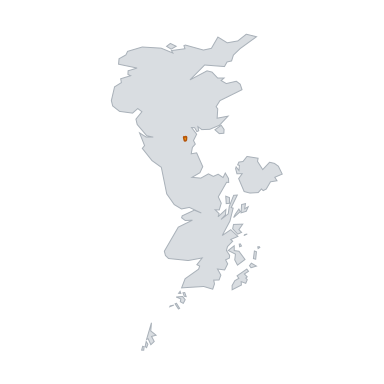 Blackburn with Darwen highlighted on a map of United Kingdom, rotated 185°
{"feature_id": "GBR-2122", "entity_name": "Blackburn with Darwen", "entity_type": "Unitary Authority", "adm_level": 1, "iso_a3": "GBR", "parent_name": "United Kingdom", "parent_adm1": "", "projection": "albers", "projection_center": [-2.45, 53.698], "detail": "fine", "context": "in_parent", "style": "filled", "palette": "amber", "viewbox_px": 384, "rotation_deg": 185, "n_neighbors": 0, "source": "natural_earth", "source_scale": "10m", "svg_char_len": 4071}
<svg xmlns="http://www.w3.org/2000/svg" viewBox="0 0 384 384"><g transform="rotate(185 192 192)"><path d="M203.8,303.5L187.6,314.0L182.5,313.2L176.4,307.8L170.0,308.3L172.7,305.6L167.3,303.0L157.5,306.2L153.4,303.6L151.1,298.3L172.1,285.5L175.4,279.1L173.6,277.0L173.4,267.7L162.7,270.7L170.6,260.8L179.8,256.0L187.7,255.0L191.8,257.6L190.6,253.6L192.4,252.6L195.0,256.3L198.1,256.2L192.4,250.0L195.0,243.4L192.9,240.0L195.5,236.5L196.1,230.0L190.8,231.4L183.5,218.2L185.8,211.9L193.3,206.6L184.4,206.6L177.2,211.5L172.1,209.4L167.5,212.0L162.3,209.1L160.5,213.8L156.8,208.6L156.3,204.7L158.4,204.7L165.4,189.5L161.9,183.4L163.3,176.5L167.4,176.3L163.1,172.8L163.9,169.6L156.7,177.5L156.7,172.1L160.7,167.2L154.0,173.4L153.6,180.9L150.2,192.3L146.6,192.9L151.6,179.9L149.6,179.5L151.7,166.3L158.1,151.3L150.1,157.8L142.4,151.8L149.3,148.1L147.2,146.5L151.9,140.7L152.6,136.8L149.0,132.2L149.0,129.5L152.6,127.3L150.2,123.5L152.7,117.2L159.9,117.5L156.0,111.7L157.4,106.7L162.7,106.1L161.6,102.4L162.9,97.0L172.1,98.9L194.0,95.6L191.3,105.0L178.7,115.7L177.9,118.9L180.8,120.0L176.1,127.2L189.8,123.4L209.6,123.7L212.9,126.4L214.4,130.6L202.6,155.8L189.1,164.0L196.2,163.0L200.1,165.4L199.7,167.4L188.1,174.1L180.9,171.9L193.3,176.4L201.0,174.2L208.6,177.9L217.0,187.9L224.7,213.9L234.6,219.8L245.3,231.1L243.3,234.1L249.4,246.3L242.4,242.7L235.4,243.3L242.0,244.1L252.5,254.5L254.2,259.7L248.9,267.6L253.3,270.4L258.1,265.4L271.2,266.0L278.5,270.8L280.3,276.0L278.3,290.0L271.9,294.8L272.9,298.6L263.3,302.5L266.1,303.6L266.2,307.2L257.5,310.7L276.3,312.9L276.3,318.4L269.8,322.8L268.4,326.5L254.2,332.1L235.3,332.6L223.2,328.8L224.8,331.1L211.5,334.1L212.8,337.1L211.4,337.8L193.0,334.4L185.2,336.8L179.7,348.6L169.9,343.7L159.5,346.5L151.7,353.9L141.3,352.3L156.5,339.1L162.7,332.0L164.0,326.0L168.4,324.6L170.6,319.8L190.5,319.6L203.8,303.5ZM140.3,232.2L129.1,231.4L129.4,228.2L123.5,220.5L117.3,228.4L112.4,227.7L108.2,225.2L103.7,217.7L110.8,213.9L108.3,210.6L114.7,209.0L118.3,201.4L121.2,199.6L123.1,201.1L126.0,197.2L134.2,196.0L140.1,197.0L146.7,209.4L143.6,214.6L148.8,214.1L150.6,219.1L150.2,220.9L147.1,217.5L147.1,222.6L148.9,223.0L147.9,225.9L143.9,226.8L140.3,232.2ZM143.9,102.3L141.6,107.4L137.8,110.1L139.8,112.4L130.7,120.0L128.8,117.9L132.7,114.9L129.6,112.3L130.9,110.9L129.3,109.5L130.5,105.7L135.2,107.0L134.7,103.6L143.5,98.1L143.9,102.3ZM143.5,128.1L143.3,133.9L150.8,136.9L145.3,142.1L144.8,137.3L140.1,137.1L133.3,129.4L140.3,123.1L143.5,128.1ZM219.7,36.3L222.9,42.0L224.4,41.2L221.0,58.2L221.0,50.0L215.3,46.2L219.7,44.6L216.6,39.8L219.7,36.3ZM147.8,163.3L138.7,164.4L142.0,158.6L139.1,156.1L142.8,154.0L148.3,158.9L147.8,163.3ZM169.9,252.5L174.6,256.0L168.7,261.0L165.5,257.1L165.4,253.3L169.9,252.5ZM141.3,175.5L141.5,183.8L137.7,185.1L138.1,179.9L134.7,182.2L136.3,177.5L141.3,175.5ZM194.1,81.7L193.8,84.5L198.6,86.0L192.3,87.1L189.4,84.1L191.0,80.3L194.1,81.7ZM158.0,190.8L154.2,189.7L153.7,184.0L156.9,183.4L158.0,190.8ZM230.0,334.9L226.5,338.1L220.5,335.8L225.2,332.5L230.0,334.9ZM143.8,179.1L142.2,176.7L148.3,170.2L147.0,173.5L143.8,179.1ZM126.6,121.7L128.3,123.6L126.7,126.3L121.4,123.8L126.6,121.7ZM124.7,138.7L122.6,138.1L122.7,130.6L125.0,131.0L124.7,138.7ZM224.6,39.1L222.7,36.5L223.7,33.0L225.2,34.0L224.6,39.1ZM199.1,79.1L197.8,79.8L194.2,75.0L195.3,74.3L199.1,79.1ZM192.2,90.8L190.5,91.2L188.7,87.3L190.6,87.5L192.2,90.8ZM228.4,30.1L227.7,34.0L226.2,33.6L226.3,30.2L228.4,30.1ZM203.8,76.6L200.2,77.8L204.1,75.8L203.8,76.6ZM140.4,144.2L139.3,144.5L138.0,142.5L139.8,141.6L140.4,144.2ZM196.5,89.9L195.2,92.0L194.3,90.0L196.5,89.9ZM135.7,154.2L133.3,155.0L136.5,153.1L135.7,154.2ZM121.7,143.1L120.2,143.4L119.6,142.7L121.2,141.4L121.7,143.1Z" fill="#d9dde1" stroke="#a8b0b8" stroke-width="1"/><path d="M203.5,242.2L204.0,242.4L204.4,243.3L204.7,244.2L205.0,245.2L205.1,245.5L205.1,245.9L205.0,246.2L204.8,246.4L203.8,246.1L203.2,246.7L202.5,246.6L202.3,246.4L202.1,245.8L202.1,245.1L202.1,244.6L202.1,243.8L202.1,243.3L202.4,242.8L202.6,242.5L203.1,242.3L203.5,242.2Z" fill="#f59e0b" stroke="#b45309" stroke-width="1.5"/></g></svg>